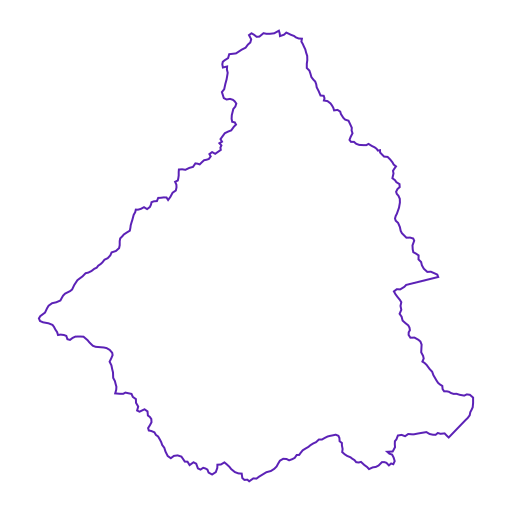 Piranhas, Goiás, Brazil
{"feature_id": "56859067B20057747391561", "entity_name": "Piranhas", "entity_type": "district", "adm_level": 2, "iso_a3": "BRA", "parent_name": "Brazil", "parent_adm1": "Goiás", "projection": "orthographic", "projection_center": [-51.838, -16.371], "detail": "fine", "context": "isolated", "style": "outline", "palette": "violet", "viewbox_px": 512, "rotation_deg": 0, "n_neighbors": 0, "source": "geoboundaries", "source_scale": "gbopen_adm2", "svg_char_len": 6015}
<svg xmlns="http://www.w3.org/2000/svg" viewBox="0 0 512 512"><path d="M278.9,30.7L274.2,33.3L269.9,33.8L266.4,33.8L263.5,33.2L259.4,36.6L256.6,36.8L254.1,34.8L251.5,33.3L249.0,35.1L251.2,39.3L250.3,42.5L247.9,44.6L245.6,47.7L241.8,49.6L238.9,51.5L236.0,53.4L229.2,54.2L228.1,58.1L224.6,60.3L222.8,61.8L222.3,64.2L222.9,67.5L227.1,66.5L226.9,69.5L227.7,72.8L227.1,76.4L226.6,79.3L225.4,83.7L224.2,89.2L221.9,92.1L222.7,94.6L223.8,98.1L226.6,99.5L230.0,98.9L232.9,99.8L234.7,101.3L236.3,103.6L235.3,106.6L233.3,109.0L232.7,111.5L231.8,115.1L231.6,118.8L232.2,121.8L234.8,122.4L236.0,124.6L233.9,126.7L231.2,130.4L228.3,131.5L224.8,133.2L222.6,136.2L220.5,139.1L222.0,141.7L219.4,143.2L221.4,145.4L220.4,147.6L220.8,149.9L217.5,152.2L215.2,153.8L212.1,152.1L209.4,154.1L210.7,156.4L208.8,159.0L206.3,159.8L204.1,160.2L201.8,162.3L199.7,164.4L197.6,163.7L195.4,163.4L193.0,166.9L189.3,167.9L185.4,169.8L182.2,169.3L178.9,169.5L178.7,172.0L178.7,175.5L178.3,178.3L177.8,180.5L175.1,181.8L176.4,184.7L176.5,187.4L175.8,190.5L172.6,192.7L170.3,197.0L168.1,200.0L166.5,197.5L163.7,197.4L160.8,197.8L158.2,197.9L156.9,201.1L153.9,201.3L151.5,202.2L151.0,204.6L149.9,207.0L147.1,209.1L144.0,207.2L140.8,208.9L137.9,209.7L135.8,209.6L135.2,212.2L133.7,214.8L132.3,220.0L131.5,222.5L130.7,225.3L130.4,227.8L129.8,230.7L126.8,232.5L123.8,234.5L122.4,236.2L120.2,238.4L119.7,241.1L119.7,245.2L119.1,248.1L115.9,251.0L111.6,252.4L110.3,255.4L107.7,258.2L104.5,259.7L102.4,262.4L100.7,264.0L98.2,265.7L96.7,267.7L94.3,268.8L91.5,271.0L88.3,272.6L85.6,273.2L82.5,276.4L79.5,278.6L77.4,280.2L74.3,284.9L72.1,289.5L70.1,291.1L65.1,293.6L63.1,295.6L61.9,297.7L60.4,300.5L56.2,302.3L52.1,303.2L48.6,305.7L47.1,308.2L45.0,312.6L40.3,316.1L38.9,318.4L40.0,321.0L43.0,322.3L48.5,323.3L52.5,324.9L54.0,326.9L55.4,329.6L57.1,332.1L58.0,335.0L60.6,334.6L63.9,335.0L66.3,335.9L67.4,339.2L70.0,339.9L72.6,337.9L75.4,336.6L80.0,336.5L83.5,336.7L87.6,340.2L89.3,342.3L91.1,344.1L92.9,345.8L95.6,346.8L103.9,347.5L106.6,348.1L109.7,349.9L112.2,352.8L112.6,355.1L111.3,358.2L109.6,361.7L111.4,365.3L112.2,369.2L113.0,372.4L113.1,375.6L113.2,377.9L114.9,381.1L115.6,383.9L116.4,386.8L116.2,389.8L115.2,393.4L119.9,393.8L123.2,393.8L125.4,392.6L128.6,393.3L131.5,393.9L132.8,396.9L135.9,399.1L136.0,402.8L138.2,406.6L137.1,410.5L139.5,411.7L144.5,409.3L147.5,411.4L147.9,415.5L149.8,416.9L151.3,419.0L151.5,422.2L150.1,424.9L148.1,428.1L148.8,430.5L151.3,431.0L154.4,432.3L155.9,434.9L158.1,436.5L159.9,439.6L161.2,442.1L162.2,445.0L164.3,447.8L165.5,451.6L167.7,456.0L170.8,458.2L173.9,455.9L177.6,455.4L181.4,456.6L183.0,458.9L184.8,461.6L187.5,461.7L189.6,465.1L193.5,462.3L196.2,463.7L197.9,468.4L200.5,469.6L203.2,467.8L205.5,468.5L207.4,469.6L208.6,472.6L212.1,474.5L215.8,472.1L217.3,467.9L217.4,464.7L220.9,464.5L224.4,462.4L226.6,464.2L229.4,466.8L231.2,469.1L234.9,472.1L238.4,473.4L241.7,473.6L242.3,478.0L244.4,479.9L247.4,479.7L249.2,481.3L253.3,478.4L256.5,478.6L259.0,476.7L261.8,475.0L266.4,472.2L270.9,471.0L274.3,468.8L276.6,466.5L278.1,463.7L279.9,460.7L283.2,458.8L286.5,459.0L289.1,460.3L292.2,459.2L294.7,457.9L296.7,455.0L299.2,454.9L300.6,452.9L302.7,450.3L305.6,448.5L308.4,446.9L310.4,445.2L313.3,443.4L316.0,442.2L318.9,439.5L322.0,439.5L324.8,437.9L327.6,436.5L329.9,435.9L332.5,435.4L335.7,434.7L338.4,435.8L339.4,438.0L339.6,441.2L341.9,443.0L341.9,445.3L342.6,449.0L342.2,452.1L344.7,454.3L347.1,455.9L350.5,457.3L352.1,458.6L354.5,460.1L356.2,462.2L358.7,462.5L361.0,461.9L364.2,464.9L367.2,467.1L369.0,469.1L372.7,467.4L375.9,466.9L378.6,465.5L382.0,462.1L384.3,462.1L386.4,462.8L388.9,465.4L391.1,463.5L393.3,464.2L394.7,461.1L393.6,457.5L392.1,454.6L389.4,453.7L387.3,451.8L392.7,451.5L395.0,447.2L394.8,444.0L394.9,441.2L396.4,439.4L397.9,435.5L401.6,434.9L405.1,436.2L408.2,434.0L411.8,434.3L414.0,434.3L418.0,433.5L421.5,432.9L426.4,432.1L429.6,434.0L432.8,434.7L435.6,434.8L437.8,433.0L440.5,433.8L444.6,433.4L446.7,435.6L448.7,437.5L465.7,419.9L467.6,418.1L469.7,415.3L470.3,412.2L471.6,409.7L472.7,407.3L473.1,403.0L473.1,400.2L473.1,397.6L469.9,394.8L466.8,394.4L464.2,395.6L459.7,394.8L456.5,393.8L453.6,393.9L450.9,393.0L449.0,391.8L446.7,391.3L444.1,391.3L442.6,389.1L442.3,385.9L440.0,384.5L438.1,382.9L436.5,380.5L435.0,377.9L433.4,375.2L432.2,371.8L429.6,369.0L426.6,364.9L424.5,362.9L422.4,361.6L423.7,358.5L423.1,355.9L421.2,352.3L421.4,348.3L421.6,344.6L420.4,341.5L418.4,339.8L414.5,337.6L410.4,337.7L408.6,334.9L408.7,332.3L409.9,330.2L409.5,327.7L408.3,325.4L405.4,323.1L402.6,320.6L401.6,316.7L399.6,313.8L401.3,309.8L400.5,305.9L401.3,302.2L399.9,299.9L397.3,296.7L395.4,294.1L393.9,291.4L396.8,289.2L400.2,289.4L404.4,286.8L406.2,284.9L438.2,277.0L437.3,274.6L434.7,273.4L430.8,271.7L427.3,271.9L423.8,268.7L421.9,265.3L421.1,262.0L418.5,259.4L418.6,255.4L415.8,253.5L413.3,252.2L412.7,249.3L412.5,245.4L414.2,240.7L413.2,238.5L410.1,237.6L406.4,237.7L401.9,233.2L400.7,230.9L399.9,227.1L398.1,222.9L395.7,220.7L395.0,218.5L395.7,216.0L396.9,213.7L399.0,207.7L399.9,202.6L399.8,198.8L398.4,195.7L396.8,193.9L396.1,191.8L397.5,189.0L399.7,187.1L399.5,184.1L396.4,182.2L395.0,180.2L392.4,178.2L392.9,176.0L393.5,173.5L393.0,170.8L394.2,168.9L396.0,166.4L393.7,164.6L392.5,162.4L390.2,159.5L387.6,156.9L384.1,156.6L381.9,154.4L380.1,152.5L380.0,150.2L377.9,150.6L376.6,148.8L374.6,147.3L371.9,146.0L368.5,143.9L366.4,145.1L362.9,145.1L359.2,144.9L356.2,143.8L354.0,141.9L351.0,141.9L349.5,139.9L350.6,137.0L352.5,133.3L351.6,130.4L351.8,127.8L350.4,124.7L348.5,120.7L345.1,119.6L343.3,117.8L340.9,114.0L340.2,111.6L337.5,109.9L334.1,110.4L333.3,107.8L332.0,105.5L330.5,103.4L327.5,101.1L323.9,100.5L324.5,98.2L323.7,95.8L320.5,95.5L318.6,91.0L316.7,87.3L316.2,84.2L315.2,81.5L313.4,79.7L311.4,77.1L310.5,73.9L309.4,70.6L306.8,68.0L306.8,63.8L307.3,60.1L307.2,55.9L306.1,52.6L305.3,49.4L303.8,46.3L302.8,44.0L301.4,41.6L301.9,38.7L298.7,38.5L295.9,37.4L294.1,36.0L290.7,34.7L288.5,33.6L286.3,32.6L284.0,34.7L280.0,36.1L279.7,33.5L278.9,30.7Z" fill="none" stroke="#5b21b6" stroke-width="2"/></svg>